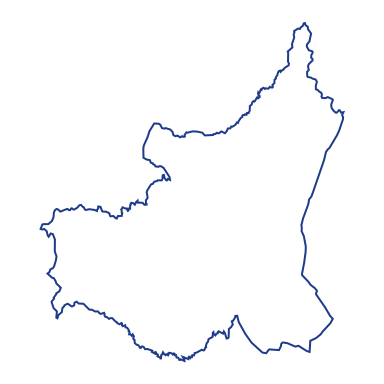 the district of Siakago, Eastern, Kenya
{"feature_id": "3690345B46140582355746", "entity_name": "Siakago", "entity_type": "district", "adm_level": 2, "iso_a3": "KEN", "parent_name": "Kenya", "parent_adm1": "Eastern", "projection": "equal_earth", "projection_center": [37.759, -0.504], "detail": "fine", "context": "isolated", "style": "outline", "palette": "blue", "viewbox_px": 384, "rotation_deg": 0, "n_neighbors": 0, "source": "geoboundaries", "source_scale": "gbopen_adm2", "svg_char_len": 5949}
<svg xmlns="http://www.w3.org/2000/svg" viewBox="0 0 384 384"><path d="M309.6,351.9L310.3,340.8L316.2,338.0L320.9,334.1L322.6,331.6L330.4,323.2L332.8,318.8L330.0,315.7L325.1,307.4L316.0,294.2L316.1,293.1L316.9,291.5L316.8,290.5L314.8,288.1L310.6,284.9L308.5,281.9L302.1,275.1L302.0,273.9L304.1,263.1L305.6,252.1L305.8,246.4L303.8,236.0L301.6,231.2L301.8,228.1L301.4,225.0L303.1,218.3L308.3,204.2L309.1,199.4L311.4,196.5L313.2,191.6L324.0,160.2L326.0,152.0L327.6,149.6L329.5,147.9L336.9,135.4L339.1,130.7L342.9,119.5L343.1,117.3L342.1,115.0L343.4,112.2L341.1,112.6L340.0,110.6L339.1,110.1L336.7,112.7L335.8,112.7L333.8,111.0L331.8,108.3L331.2,106.0L331.3,104.2L332.9,99.9L332.2,99.1L327.8,97.1L325.6,98.1L322.3,98.0L321.5,96.7L321.9,94.8L321.7,93.7L320.9,92.5L319.2,91.6L317.7,89.9L315.9,89.3L315.8,85.6L316.8,82.4L316.7,81.3L315.6,79.5L312.7,78.7L310.9,77.6L307.9,77.0L307.2,76.0L307.1,71.8L308.8,70.0L308.0,66.6L308.3,65.3L308.9,64.0L312.6,60.4L312.5,59.0L311.2,57.7L311.2,56.6L311.4,54.9L312.6,52.8L312.6,51.8L312.0,51.2L308.9,50.3L306.8,46.6L307.0,44.4L309.4,41.5L311.1,33.5L308.0,29.2L307.8,26.7L305.8,25.5L304.9,23.0L303.7,23.4L303.0,25.6L300.4,27.8L300.0,28.9L298.0,28.6L294.1,31.1L294.4,32.5L293.7,34.5L294.2,37.6L292.0,44.0L292.4,47.4L287.7,51.6L288.2,53.1L288.0,61.6L288.9,63.4L288.7,65.3L284.5,68.0L283.6,69.6L282.8,69.7L280.6,71.8L280.1,70.6L278.9,71.1L277.9,72.7L277.5,74.8L275.8,77.4L275.9,78.6L274.5,79.8L274.4,83.1L272.4,85.0L272.9,86.8L272.5,87.5L270.7,87.4L269.9,86.8L268.3,88.7L265.4,88.3L264.8,88.9L263.5,87.8L262.0,88.6L261.6,89.9L260.7,89.5L259.7,92.5L258.9,93.3L258.2,92.4L258.0,93.3L258.5,95.3L259.4,95.5L259.7,97.0L258.4,98.1L257.7,97.3L256.9,97.5L257.0,98.4L256.2,98.8L255.1,100.8L254.3,101.6L253.5,101.1L252.2,102.5L251.7,104.6L249.9,105.9L249.7,110.7L248.5,113.1L247.0,112.9L246.5,114.7L245.2,114.2L244.6,115.1L243.0,115.0L242.4,115.6L242.2,117.0L240.9,117.8L238.7,121.0L238.0,122.9L236.8,122.5L235.5,124.7L232.5,126.7L231.3,126.5L230.3,128.3L227.9,128.5L226.6,131.3L224.9,133.2L221.3,131.4L219.3,133.1L218.4,133.4L216.8,132.8L215.5,133.9L213.5,134.2L213.1,135.0L204.8,135.4L202.3,132.7L197.3,131.6L192.5,131.4L187.6,132.7L186.5,132.3L184.6,134.9L184.8,136.6L183.8,136.9L181.9,136.2L180.6,137.3L179.8,137.2L177.6,135.6L175.5,136.2L173.5,135.2L172.4,131.7L170.2,129.5L165.6,128.1L164.6,128.6L162.0,128.1L160.3,124.8L158.8,123.7L154.2,123.5L149.4,131.3L147.7,136.8L143.8,145.6L143.3,148.6L143.5,157.8L146.8,159.6L149.9,160.1L150.8,162.7L152.8,163.3L153.1,164.2L154.8,165.0L155.4,166.4L158.5,166.8L159.3,166.2L160.9,166.2L163.6,167.9L169.5,177.0L170.0,179.9L167.8,178.9L167.0,180.4L166.1,180.2L164.5,177.8L163.9,174.9L163.1,175.0L162.6,175.8L162.5,179.0L161.7,180.4L157.7,180.3L157.1,181.0L154.1,181.8L152.8,183.9L151.6,184.1L150.4,185.3L147.1,190.7L146.7,192.4L147.6,197.1L147.4,198.3L145.9,200.2L145.9,203.2L146.6,203.8L146.6,204.6L144.4,204.8L142.6,202.8L137.7,202.6L137.6,200.7L135.8,202.5L134.8,204.7L133.2,203.2L131.3,202.8L130.8,203.3L130.8,204.6L130.2,205.0L130.1,208.7L128.4,208.5L128.1,209.5L128.5,210.4L127.9,210.9L126.5,208.5L124.6,208.3L122.7,207.3L121.2,209.6L121.8,210.9L121.7,212.8L122.3,213.2L121.7,215.9L117.8,216.1L116.8,218.5L115.8,218.3L113.4,216.0L110.6,216.3L110.0,215.8L109.4,213.4L108.0,212.5L105.5,211.6L102.8,211.6L102.1,211.0L100.5,206.9L98.8,206.5L98.1,206.6L98.3,208.3L97.2,209.7L97.0,211.0L94.3,209.9L89.3,209.2L85.7,210.0L84.8,209.4L83.8,207.3L82.7,206.8L81.0,204.9L79.3,205.3L77.2,207.8L74.3,209.5L73.4,209.5L71.9,208.3L71.2,208.4L70.2,210.0L69.2,210.2L67.5,209.0L66.6,209.1L60.4,211.6L58.1,209.5L56.7,209.0L55.1,209.9L53.9,212.5L53.5,217.3L51.9,221.1L48.3,224.1L43.1,224.1L42.3,224.7L40.6,228.9L42.1,229.5L44.2,229.0L46.7,231.2L47.7,235.4L48.7,236.7L50.7,233.5L52.8,234.1L54.9,239.4L54.8,251.5L56.5,256.4L55.9,260.3L54.2,266.1L52.9,268.2L50.3,269.4L49.4,272.1L47.5,273.6L52.2,277.8L53.8,278.1L55.7,281.3L56.3,283.4L60.8,287.8L59.3,291.4L56.2,293.4L56.1,294.5L53.7,297.6L54.1,298.5L51.8,301.4L51.6,302.3L53.7,308.2L56.9,311.4L56.3,317.6L57.4,318.3L58.5,314.9L61.8,312.2L62.5,307.8L63.7,306.9L64.5,305.3L66.5,304.2L67.9,303.8L71.9,306.5L74.2,305.4L74.4,302.9L76.0,301.8L76.7,301.7L78.6,303.5L83.5,303.8L89.3,309.6L91.8,309.7L95.2,311.5L97.9,311.4L99.9,313.6L100.8,313.9L104.1,312.8L104.6,313.9L104.4,315.1L105.3,316.8L106.8,317.0L109.0,318.9L110.3,318.1L112.3,318.2L115.4,321.4L116.6,322.0L117.0,322.9L119.0,324.0L119.7,324.3L121.4,323.0L122.0,323.5L122.1,325.5L122.7,326.2L125.2,325.3L125.5,327.3L127.3,327.9L128.9,330.3L128.6,331.3L129.6,332.1L129.1,334.3L130.5,334.4L131.8,335.8L132.7,334.4L133.6,335.8L133.9,336.6L133.2,338.1L133.6,339.4L134.5,339.8L134.8,343.1L136.6,344.7L138.6,345.4L140.0,347.8L140.7,348.0L141.6,346.6L142.2,346.4L143.7,347.0L145.1,349.2L147.4,349.0L152.3,350.7L151.8,351.9L154.5,353.4L154.6,352.4L155.5,352.0L156.1,352.5L156.1,354.1L157.7,354.4L158.0,355.3L157.5,356.4L160.1,357.4L160.4,358.4L161.0,358.4L161.2,355.1L162.1,354.5L163.0,352.3L164.3,354.3L165.0,354.3L165.6,355.2L167.5,353.9L167.4,354.9L168.1,355.3L169.2,352.8L170.3,352.9L172.0,353.5L172.6,354.4L174.0,353.4L174.6,353.9L174.6,355.2L176.0,355.1L176.5,357.4L178.4,357.9L179.3,359.9L179.9,360.1L180.7,359.3L184.5,361.0L184.4,359.6L182.8,356.9L188.4,359.1L188.5,357.5L189.1,356.7L190.3,358.1L191.3,356.6L192.0,356.9L192.3,355.2L194.1,355.3L194.7,353.0L196.4,352.7L201.9,349.7L203.6,350.5L204.4,350.0L205.2,347.9L206.1,347.3L205.8,346.3L206.7,343.1L207.8,342.1L208.6,339.1L212.6,336.9L212.9,332.7L213.4,332.2L213.7,334.0L215.4,335.4L216.3,333.7L217.8,333.3L217.9,332.0L218.6,331.3L223.1,333.6L223.9,331.5L224.8,332.9L226.6,338.5L227.9,338.2L228.6,337.6L228.9,329.0L231.0,327.2L232.8,324.5L231.8,321.3L233.1,320.7L235.5,316.9L235.3,316.0L237.2,315.8L238.8,322.2L245.5,334.2L251.6,342.7L262.5,352.6L266.2,353.2L268.8,349.7L269.6,349.4L279.0,350.1L281.0,346.1L281.2,344.0L282.5,342.6L283.5,342.5L287.7,343.3L295.3,346.6L298.5,345.8L306.7,351.0L309.6,351.9Z" fill="none" stroke="#1e3a8a" stroke-width="2"/></svg>